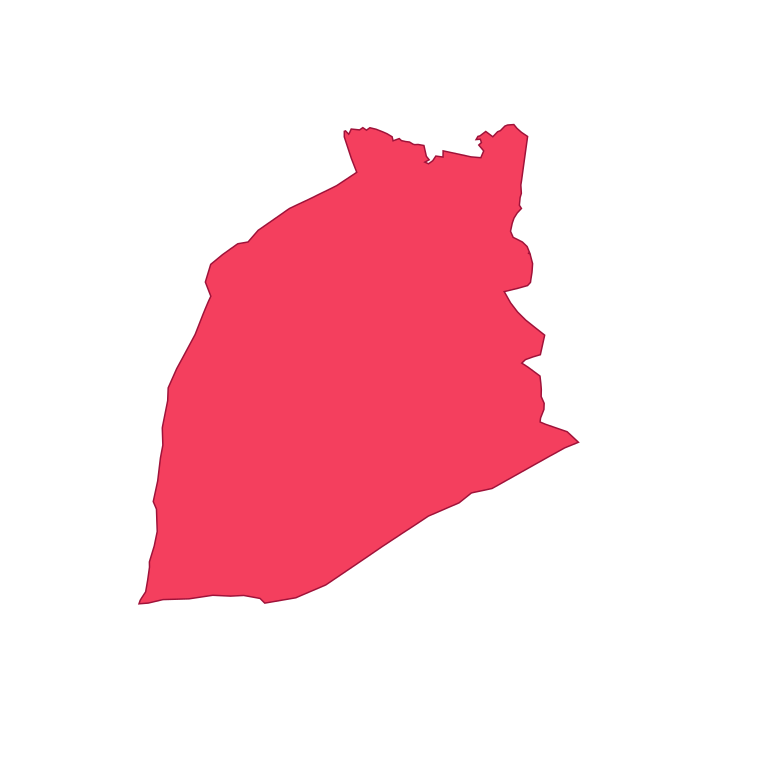 outline of Voinjama, Lofa, Liberia, rotated 19°
{"feature_id": "62588387B81783560061544", "entity_name": "Voinjama", "entity_type": "district", "adm_level": 2, "iso_a3": "LBR", "parent_name": "Liberia", "parent_adm1": "Lofa", "projection": "mercator", "projection_center": [-9.823, 8.242], "detail": "fine", "context": "isolated", "style": "filled", "palette": "rose", "viewbox_px": 768, "rotation_deg": 19, "n_neighbors": 0, "source": "geoboundaries", "source_scale": "gbopen_adm2", "svg_char_len": 2603}
<svg xmlns="http://www.w3.org/2000/svg" viewBox="0 0 768 768"><g transform="rotate(19 384 384)"><path d="M342.6,630.0L370.3,614.8L371.8,613.4L375.2,610.3L394.4,592.9L420.2,558.5L420.8,557.7L435.3,538.2L449.5,519.7L458.3,508.4L467.1,496.9L469.0,494.4L480.1,484.3L485.0,479.8L493.7,471.9L502.1,458.6L504.6,457.0L513.0,452.0L520.2,447.6L552.7,411.1L564.4,398.0L566.0,396.3L575.6,385.6L586.8,375.8L580.6,373.0L572.7,369.5L566.4,369.5L549.8,369.5L544.0,369.1L543.7,368.1L543.1,365.0L543.5,356.0L541.7,350.1L536.7,344.7L535.3,340.4L534.8,338.8L534.5,337.9L532.2,332.6L528.9,325.7L514.7,321.2L507.5,319.4L508.1,318.2L509.8,314.9L516.0,309.9L522.3,305.4L521.6,299.3L520.1,286.2L520.0,285.5L508.3,281.4L497.1,277.4L486.8,272.4L477.3,266.1L467.6,257.5L468.3,257.1L470.3,255.8L479.6,249.8L480.9,248.9L487.7,244.2L489.4,240.3L489.2,239.1L489.1,238.7L489.0,238.3L487.6,230.4L487.2,228.8L485.5,222.5L485.3,221.8L479.9,213.7L479.7,213.4L477.4,213.4L479.5,213.1L474.9,207.8L474.5,207.4L468.7,204.7L458.4,203.3L455.9,200.6L455.3,199.9L453.9,198.4L452.9,190.2L452.9,184.8L454.3,178.9L456.8,173.3L453.8,170.9L452.0,163.4L451.8,159.0L451.5,158.3L448.6,151.3L447.8,146.8L445.2,133.7L439.2,103.2L432.1,101.3L426.5,99.0L422.3,96.4L416.5,98.9L414.3,100.8L411.6,106.5L409.3,108.5L406.4,114.8L398.0,112.1L393.9,118.2L392.2,119.3L391.5,122.9L395.4,121.2L397.5,124.0L395.8,127.2L402.1,131.0L402.4,131.2L401.9,137.9L401.9,138.5L392.4,140.9L364.0,144.3L365.9,150.2L358.8,151.6L357.4,157.0L354.4,161.3L350.4,160.9L353.7,157.3L349.9,154.9L344.1,145.5L338.3,146.4L335.1,147.7L333.4,147.8L329.4,146.9L325.6,147.7L321.3,148.2L318.5,147.0L313.4,151.1L311.2,147.6L305.5,146.4L300.8,146.0L293.8,145.7L293.5,145.7L287.2,146.3L284.8,149.7L280.5,148.5L278.2,151.7L270.0,153.6L269.6,157.8L269.3,159.3L265.2,157.2L264.2,158.0L266.0,163.3L279.5,181.1L289.3,192.7L285.5,197.7L280.6,204.1L274.7,211.8L270.9,215.7L259.2,227.4L256.4,230.3L250.4,236.2L244.6,241.8L237.5,248.8L235.4,251.6L232.4,255.8L215.0,279.6L209.2,294.0L200.1,299.0L198.9,300.6L196.2,304.5L195.6,305.2L189.1,314.4L181.2,327.3L181.8,343.6L181.9,345.8L191.7,357.4L191.1,363.0L190.5,371.6L190.5,372.0L190.2,377.1L189.3,398.6L189.0,400.5L184.8,426.3L184.0,431.0L183.0,437.0L181.2,457.9L184.9,470.2L188.4,496.1L188.7,497.8L194.8,513.8L196.7,526.7L196.8,527.2L197.0,528.1L201.6,549.4L204.1,570.3L209.6,576.4L214.5,589.2L217.6,597.3L219.5,612.0L220.1,628.6L221.9,633.5L224.4,646.4L226.3,658.1L224.4,665.6L223.9,667.9L223.9,671.6L232.4,667.9L245.2,659.8L269.6,650.6L290.9,639.5L308.0,634.5L320.2,629.6L336.6,627.1L342.6,630.0Z" fill="#f43f5e" stroke="#9f1239" stroke-width="1.5"/></g></svg>